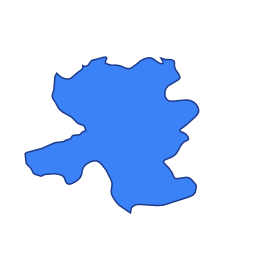 outline of Lào Cai, rotated 294°
{"feature_id": "VNM-5483", "entity_name": "Lào Cai", "entity_type": "Province", "adm_level": 1, "iso_a3": "VNM", "parent_name": "Vietnam", "parent_adm1": "", "projection": "mercator", "projection_center": [104.093, 22.267], "detail": "fine", "context": "isolated", "style": "filled", "palette": "blue", "viewbox_px": 256, "rotation_deg": 294, "n_neighbors": 0, "source": "natural_earth", "source_scale": "10m", "svg_char_len": 2442}
<svg xmlns="http://www.w3.org/2000/svg" viewBox="0 0 256 256"><g transform="rotate(294 128 128)"><path d="M163.4,62.2L165.6,61.9L166.6,61.3L166.5,62.2L167.0,64.1L167.8,65.1L169.4,66.1L173.8,66.9L175.4,67.8L176.4,68.9L177.3,70.3L182.7,76.9L183.6,78.5L183.7,79.5L183.1,80.1L182.1,80.3L179.4,80.3L178.2,81.1L178.0,83.2L178.7,87.5L180.6,91.6L181.4,94.5L181.7,96.8L181.7,101.4L182.4,104.4L184.1,106.5L189.1,109.5L194.0,111.9L196.1,113.3L198.2,115.2L200.4,118.0L201.4,120.7L201.4,123.3L200.2,128.2L200.0,130.3L200.3,132.4L201.0,133.4L201.8,133.6L202.9,132.9L205.3,129.6L205.8,134.4L207.8,139.1L208.2,141.4L207.8,143.0L206.5,144.0L204.6,144.6L202.5,145.9L200.3,148.2L198.0,152.2L196.1,154.4L194.6,155.1L192.7,154.5L182.9,147.6L179.8,146.7L176.6,146.9L172.0,148.9L169.9,151.7L169.4,154.4L170.5,157.6L176.6,168.5L178.0,171.8L178.5,174.7L178.4,177.3L177.4,180.4L175.8,182.9L173.7,184.9L171.3,186.0L168.5,185.8L165.0,184.7L152.9,179.2L149.2,177.0L147.7,176.3L146.5,176.7L146.1,177.8L146.3,179.7L146.2,181.9L145.5,184.3L143.9,187.0L142.6,187.7L141.3,187.5L139.8,186.2L138.0,184.9L135.8,183.9L133.2,183.4L127.1,182.9L124.1,182.4L121.5,181.3L118.9,179.5L114.8,175.5L113.2,174.3L111.7,174.1L110.7,175.0L108.1,181.5L105.1,186.4L102.6,189.1L101.5,190.6L101.1,191.8L101.4,192.9L106.2,200.6L107.1,202.6L107.3,204.6L106.8,206.7L104.9,211.0L103.1,213.9L98.9,215.1L96.3,215.6L93.1,214.6L90.0,211.9L72.0,191.8L69.2,186.6L62.8,169.4L61.0,166.3L58.5,164.4L56.7,163.5L51.4,164.8L53.8,151.5L54.8,149.0L56.0,146.4L59.1,141.8L60.9,139.9L63.0,138.5L70.3,136.3L72.4,134.9L74.2,133.1L80.8,124.9L84.0,118.8L85.0,115.9L85.2,113.1L84.1,110.2L81.9,107.4L77.3,104.2L73.9,103.3L70.9,103.4L68.4,104.1L66.0,104.6L63.5,104.5L60.7,103.6L57.8,102.0L54.1,99.1L52.5,96.7L52.7,94.3L54.1,92.5L55.9,90.8L57.4,88.9L57.8,86.3L57.3,82.8L56.2,79.2L51.7,70.9L48.6,68.2L47.8,61.5L48.2,60.0L51.3,56.2L52.5,53.7L53.3,51.3L54.4,49.4L56.4,48.1L62.7,44.5L64.4,45.4L74.2,57.5L84.1,66.5L85.7,68.4L86.3,69.7L89.2,74.4L90.2,75.4L91.4,76.0L94.6,79.7L95.5,80.0L97.8,80.3L98.7,80.7L99.9,82.4L101.9,86.3L103.2,87.1L105.4,87.7L106.9,89.0L108.1,90.5L110.2,89.2L111.9,87.3L112.2,85.3L111.9,83.0L111.9,80.5L112.6,78.1L114.5,73.5L115.1,71.1L116.0,61.5L117.5,57.1L120.5,53.0L121.8,51.6L123.6,48.4L124.6,47.1L126.6,45.7L128.4,45.2L132.6,44.8L145.0,40.4L149.0,40.5L147.9,43.6L147.2,47.0L147.4,50.3L148.4,53.5L150.2,55.6L158.2,59.4L161.3,61.3L163.4,62.2Z" fill="#3b82f6" stroke="#1e3a8a" stroke-width="1.5"/></g></svg>